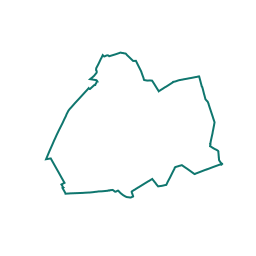 Cenei, Timis, Romania (Mercator projection), rotated 242°
{"feature_id": "2599482B59079858547145", "entity_name": "Cenei", "entity_type": "district", "adm_level": 2, "iso_a3": "ROU", "parent_name": "Romania", "parent_adm1": "Timis", "projection": "mercator", "projection_center": [20.902, 45.729], "detail": "fine", "context": "isolated", "style": "outline", "palette": "teal", "viewbox_px": 256, "rotation_deg": 242, "n_neighbors": 0, "source": "geoboundaries", "source_scale": "gbopen_adm2", "svg_char_len": 5528}
<svg xmlns="http://www.w3.org/2000/svg" viewBox="0 0 256 256"><g transform="rotate(242 128 128)"><path d="M204.2,139.9L202.2,137.2L201.8,136.5L200.2,134.4L198.5,132.1L197.8,131.1L195.7,128.0L194.8,127.4L194.4,127.2L194.2,127.0L193.6,127.1L192.9,127.0L192.1,126.7L191.6,126.2L191.2,125.5L191.0,124.9L190.5,123.7L190.3,123.3L190.2,123.1L190.1,122.8L189.9,122.3L189.9,122.1L189.8,121.7L189.7,121.3L189.5,120.6L189.4,120.0L189.3,119.6L189.2,119.1L189.1,118.4L189.1,118.1L189.0,117.9L188.9,117.5L188.0,118.7L186.7,120.4L185.2,122.4L184.8,122.6L184.5,122.7L184.1,122.8L183.8,122.8L184.1,122.4L183.8,122.3L183.5,122.2L182.7,121.2L182.2,120.4L181.8,119.5L181.7,119.2L181.4,119.1L181.7,118.2L181.6,117.8L181.3,116.7L180.9,115.1L180.4,113.1L180.3,112.7L180.5,112.4L181.1,112.1L181.3,111.9L181.6,111.9L180.7,109.5L180.1,107.7L177.0,99.0L174.9,92.9L172.7,87.1L172.3,85.8L171.3,83.6L170.9,83.0L169.3,80.7L168.9,80.1L167.8,78.9L165.6,75.8L163.0,72.4L158.7,66.3L157.9,65.2L155.4,61.8L152.6,58.2L151.9,57.2L149.0,53.6L144.3,47.6L138.9,41.0L137.4,45.5L124.8,45.8L121.7,45.9L115.3,46.0L112.3,46.1L111.3,46.1L109.4,46.2L109.4,45.5L109.4,43.7L109.4,42.7L108.1,42.8L106.9,42.8L106.0,42.8L105.8,42.9L105.8,42.0L105.1,42.0L102.4,42.1L101.6,42.1L99.6,42.1L99.3,42.0L98.2,44.5L97.7,45.5L97.6,45.9L94.0,53.3L92.9,55.6L92.3,56.8L91.7,58.1L91.1,59.5L90.5,60.8L89.7,62.5L89.3,63.3L89.1,63.7L88.6,64.9L88.0,66.4L87.6,67.4L87.0,69.1L86.6,70.0L86.2,71.1L86.0,71.7L85.8,72.3L85.4,73.0L85.2,73.5L84.5,74.9L83.9,76.3L83.5,77.3L82.9,78.7L82.8,79.1L82.4,79.9L82.3,80.3L82.1,80.6L82.1,81.0L82.0,81.5L81.8,81.7L81.9,81.8L81.5,82.8L81.3,83.3L81.3,83.5L81.1,83.7L81.0,84.2L80.5,85.4L79.5,85.9L77.8,86.7L77.7,86.9L77.6,87.2L77.5,87.6L77.5,88.5L77.5,89.5L77.4,89.7L77.2,90.0L76.9,90.1L76.2,90.2L75.6,90.4L73.9,90.9L73.0,91.3L72.3,91.6L71.4,92.0L70.8,92.3L70.0,92.8L69.4,93.2L69.0,93.4L68.8,93.5L68.1,94.1L67.8,94.3L67.6,94.5L67.1,95.2L66.2,96.5L65.7,97.1L65.4,97.6L65.3,98.0L65.2,99.2L65.2,99.6L65.1,100.3L65.3,100.5L65.6,100.5L65.9,100.6L66.7,100.7L68.4,101.0L68.7,101.0L69.0,101.0L70.0,101.3L70.1,101.5L70.2,101.8L70.3,102.1L70.3,102.8L70.3,103.1L70.4,103.9L70.4,104.7L70.4,105.4L70.5,106.2L70.6,107.1L70.6,107.7L70.6,108.2L70.7,108.5L70.7,109.3L70.7,109.8L70.8,111.0L70.9,112.9L71.0,113.8L71.0,114.8L71.1,115.1L71.1,115.4L71.1,115.8L71.1,116.0L71.2,116.8L71.2,117.3L71.2,117.8L71.3,118.4L71.3,119.1L71.4,120.2L71.4,121.1L71.4,122.0L71.5,123.1L71.5,123.6L71.6,124.3L71.6,124.6L71.6,125.1L71.6,125.3L71.6,125.5L71.0,125.5L69.9,125.8L68.1,126.1L66.8,126.4L65.0,126.6L62.3,127.2L61.8,128.7L61.6,129.2L61.1,130.5L60.6,132.3L60.2,133.9L59.8,135.1L61.9,137.9L63.4,140.1L64.3,141.5L67.4,145.8L69.1,148.2L69.9,149.4L70.4,150.1L70.9,150.5L71.1,150.8L71.2,151.4L71.3,151.6L71.2,151.9L71.1,152.3L71.0,152.6L71.0,153.0L70.9,153.4L70.8,153.8L70.7,154.3L70.6,154.6L70.6,155.0L70.5,155.6L70.3,156.2L70.2,156.6L70.1,157.0L70.1,157.4L70.0,157.7L69.9,158.1L66.8,159.7L64.2,161.1L61.2,162.6L56.1,165.1L56.0,165.4L56.1,165.5L55.7,168.5L54.8,176.0L54.5,178.2L54.4,178.2L54.0,181.4L53.6,184.7L53.0,188.9L52.5,192.5L52.5,193.0L51.8,193.1L51.8,193.4L52.0,194.1L52.4,194.0L52.4,193.9L52.5,193.7L52.5,193.8L52.6,194.0L52.7,193.9L53.3,193.8L53.6,193.7L54.1,193.6L54.6,193.5L54.9,193.5L55.5,193.4L56.0,193.4L56.7,193.3L57.0,193.4L57.4,193.5L57.5,193.6L58.0,193.8L58.4,194.0L58.7,194.1L59.2,194.2L59.3,194.3L59.1,194.3L59.5,194.5L59.8,194.6L60.1,194.7L60.5,194.8L60.8,195.0L61.2,195.1L61.7,195.4L62.0,195.5L62.5,195.7L63.4,196.1L63.7,196.2L64.0,196.3L64.3,196.5L64.6,196.7L65.1,196.8L65.4,196.8L66.3,196.4L66.5,196.3L66.6,196.2L67.3,195.8L68.2,195.1L68.6,194.8L69.3,194.4L69.9,193.9L70.3,193.8L70.8,193.4L71.1,193.3L71.4,193.1L72.0,192.8L72.5,192.5L72.9,192.3L73.4,191.9L73.7,192.1L74.3,192.7L74.7,193.0L74.8,192.9L75.5,193.0L75.7,193.3L75.7,193.5L78.0,195.3L79.5,196.6L82.2,198.9L83.6,200.1L85.2,201.3L86.6,202.5L89.1,204.5L89.7,205.0L92.4,207.1L93.5,207.3L97.1,207.9L97.5,208.0L98.1,208.1L108.1,209.8L110.9,210.3L111.0,210.3L111.3,210.4L111.5,210.5L112.8,210.6L113.9,210.7L114.5,210.5L115.6,210.2L117.1,209.9L121.3,210.9L122.4,211.1L123.9,211.5L124.3,211.6L125.1,211.8L125.6,211.9L125.8,212.0L128.9,212.7L129.5,212.8L129.8,212.7L130.0,212.6L131.1,212.9L134.1,213.6L135.3,213.9L140.1,215.0L140.3,214.4L140.5,214.3L140.7,213.2L141.0,212.2L141.2,211.7L141.5,210.7L141.7,210.0L142.7,206.7L143.2,205.3L143.6,203.9L144.3,201.7L144.8,200.2L144.9,199.9L145.0,199.6L145.0,199.4L145.1,199.1L145.3,198.4L145.5,197.9L145.6,197.6L145.7,197.2L145.8,196.8L146.0,196.4L146.1,196.0L146.3,195.2L146.4,194.7L146.6,193.6L146.6,193.3L146.7,192.8L146.8,192.1L146.9,191.7L147.0,191.2L147.1,190.8L147.3,190.3L147.4,189.9L147.5,189.6L147.3,189.5L146.8,183.6L146.6,181.1L146.6,180.5L146.6,179.5L146.5,179.0L146.5,178.2L146.4,177.8L146.4,177.4L146.3,176.7L146.3,176.0L146.2,175.0L146.2,174.6L146.1,174.1L146.1,173.9L146.1,173.7L146.1,173.4L146.1,172.8L146.0,172.4L146.3,172.4L148.8,172.2L154.9,171.8L158.5,171.5L159.5,170.0L160.4,168.2L160.8,167.3L162.6,165.0L163.0,164.7L165.0,165.2L167.3,165.5L170.0,165.9L171.8,166.2L175.3,166.3L176.4,166.3L183.6,166.5L184.3,165.0L184.8,164.0L188.2,162.9L191.0,162.0L192.7,161.4L194.2,161.1L194.6,161.0L194.9,160.8L195.1,160.5L195.5,160.0L195.9,159.4L196.3,159.1L196.9,158.2L197.4,157.5L197.8,157.2L198.1,156.8L198.2,156.4L198.2,156.0L198.9,151.7L199.6,148.1L200.2,145.1L200.6,145.0L201.1,144.7L201.3,144.6L201.5,144.4L201.7,144.1L201.9,143.8L202.0,143.4L202.1,142.9L202.2,142.0L202.2,140.9L202.3,140.6L202.5,140.4L204.2,139.9Z" fill="none" stroke="#0f766e" stroke-width="2"/></g></svg>